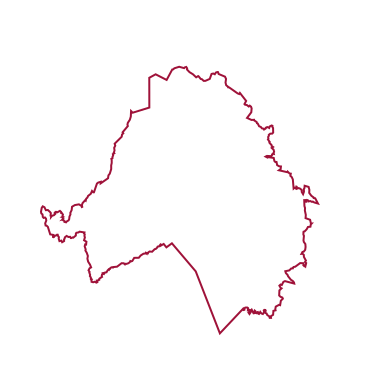 the district of Bocoyna, Chihuahua, Mexico, rotated 22°
{"feature_id": "50627088B40912895688063", "entity_name": "Bocoyna", "entity_type": "district", "adm_level": 2, "iso_a3": "MEX", "parent_name": "Mexico", "parent_adm1": "Chihuahua", "projection": "robinson", "projection_center": [-107.606, 27.815], "detail": "fine", "context": "isolated", "style": "outline", "palette": "rose", "viewbox_px": 384, "rotation_deg": 22, "n_neighbors": 0, "source": "geoboundaries", "source_scale": "gbopen_adm2", "svg_char_len": 6019}
<svg xmlns="http://www.w3.org/2000/svg" viewBox="0 0 384 384"><g transform="rotate(22 192 192)"><path d="M64.1,271.6L65.2,270.7L66.6,271.4L67.6,273.1L67.6,276.0L68.8,277.9L69.8,277.7L71.4,278.3L76.4,284.4L79.2,283.8L80.0,285.8L80.5,285.8L80.9,285.3L80.5,284.5L80.8,283.8L82.0,283.6L82.9,282.1L83.5,281.9L84.2,282.9L85.5,283.7L85.9,285.2L87.5,287.2L89.1,286.0L90.4,287.2L91.8,285.4L91.1,283.8L91.4,283.0L91.1,281.7L92.2,279.7L94.3,280.0L95.8,279.2L96.9,280.1L97.4,279.9L98.4,278.8L99.0,278.8L100.6,275.9L99.9,274.0L100.1,273.1L101.9,272.0L102.6,270.9L107.4,269.8L107.4,270.9L108.4,271.4L108.7,273.0L109.7,274.2L110.0,277.2L112.7,277.6L113.5,280.4L112.6,280.6L112.8,282.5L114.9,285.0L115.1,286.2L117.1,287.7L119.4,290.3L120.0,293.0L121.8,295.5L124.6,297.5L126.7,299.7L125.6,301.1L125.4,303.4L127.0,304.5L126.9,305.1L128.6,307.0L128.8,308.2L130.2,309.1L130.6,310.1L131.7,310.5L131.4,311.1L131.8,311.2L132.5,312.9L134.2,312.7L135.6,311.5L137.2,311.9L138.0,311.1L137.0,309.7L138.4,308.9L138.9,308.1L138.5,307.7L138.7,306.8L140.4,304.4L139.8,303.8L139.5,302.2L140.2,301.4L139.6,300.7L140.2,300.3L141.1,300.8L141.5,299.2L142.8,298.5L143.1,296.4L143.7,294.9L144.2,295.1L144.3,294.3L144.8,294.0L144.8,292.9L146.1,291.6L147.0,291.7L147.3,291.0L150.5,289.3L153.4,284.4L155.3,283.7L156.8,284.2L156.8,283.6L158.0,283.3L159.7,281.9L160.6,280.4L160.7,279.1L161.6,279.1L162.5,278.3L163.1,274.7L167.3,272.9L168.2,270.1L170.1,267.4L171.8,266.5L171.9,265.7L173.3,266.2L173.3,265.4L174.1,265.3L174.0,264.6L174.9,263.1L177.4,262.3L178.8,259.0L179.7,258.4L180.4,257.0L180.6,255.5L181.8,254.8L182.5,252.3L183.2,252.4L183.4,253.1L185.2,250.8L189.0,252.9L192.6,247.1L225.2,264.2L270.8,312.6L283.1,281.1L284.0,282.1L284.7,281.6L284.3,280.0L284.7,279.2L286.5,278.4L287.4,278.6L288.1,280.7L289.3,279.7L289.9,279.7L290.3,280.9L289.5,282.6L291.0,283.6L291.5,281.2L291.1,279.5L291.4,278.7L294.5,281.4L295.0,281.1L294.6,278.5L295.3,278.7L296.0,280.4L297.2,280.2L297.2,279.2L298.0,278.6L299.2,280.0L299.8,280.0L300.2,277.6L301.8,278.6L303.4,278.6L303.9,276.1L302.9,274.9L303.2,274.2L304.2,273.9L304.8,274.4L304.9,275.9L305.5,276.7L306.7,276.7L307.9,277.9L310.1,278.3L311.2,279.6L312.4,279.1L311.6,277.7L313.2,275.5L312.0,271.7L313.8,270.4L313.1,269.4L312.6,266.9L315.0,264.0L316.1,263.9L315.1,259.5L316.2,256.9L315.3,256.0L313.3,256.0L311.6,255.3L309.9,250.5L311.1,247.8L310.1,247.7L308.1,246.1L308.8,244.6L310.1,244.6L310.4,241.1L311.6,239.8L321.1,238.6L320.5,237.7L318.9,236.8L316.5,236.3L312.6,234.1L311.7,233.1L309.4,232.0L308.2,230.5L311.6,228.2L312.6,225.8L314.1,225.0L313.9,224.4L314.4,223.4L315.7,222.6L318.9,217.4L321.8,216.4L322.6,217.2L322.6,218.1L323.9,218.7L324.2,218.2L324.9,218.5L324.7,217.7L325.4,217.1L324.8,217.3L324.5,215.1L323.0,214.6L323.3,212.9L320.1,210.3L319.2,208.4L317.6,207.8L316.7,208.3L316.9,206.2L317.9,205.5L318.6,203.2L317.9,200.4L316.6,197.8L314.4,196.4L313.5,195.1L312.2,190.7L311.2,189.7L310.4,187.6L310.3,187.0L311.2,186.3L312.3,183.6L312.6,181.0L314.8,179.8L314.3,177.6L314.8,176.3L314.0,176.6L311.9,173.5L307.1,173.7L306.1,170.6L303.6,166.9L302.8,164.5L301.5,162.9L299.1,157.5L300.0,157.1L300.7,158.5L301.4,158.3L301.2,156.9L301.5,156.3L302.7,156.3L303.4,157.2L305.0,156.1L307.0,156.2L307.6,155.6L309.2,155.9L313.1,155.5L308.6,151.7L307.1,152.0L306.8,151.5L304.1,150.8L301.0,148.9L300.0,146.0L298.2,143.6L294.1,144.0L294.8,146.3L294.6,147.4L295.7,149.8L295.8,152.4L293.7,150.8L293.1,149.2L291.2,148.4L289.4,148.4L288.3,149.4L287.1,147.9L286.7,147.9L287.0,149.9L285.4,149.6L284.9,150.7L280.8,142.6L278.9,140.8L277.1,140.1L276.7,138.0L275.5,138.3L273.1,137.3L273.1,137.9L264.5,139.3L265.6,137.5L264.9,135.0L263.2,135.5L260.9,135.2L259.1,132.5L258.1,133.0L256.8,132.4L255.0,129.8L249.7,131.1L249.2,131.8L247.0,131.6L247.9,130.5L252.0,129.1L252.5,127.5L252.2,127.1L252.8,126.1L253.6,126.0L252.9,125.0L253.1,124.0L251.8,122.2L249.4,121.3L250.3,119.9L248.6,119.5L248.0,118.5L245.7,117.6L245.0,116.8L245.2,116.4L242.7,114.8L242.9,114.0L242.0,112.5L242.2,111.0L241.8,110.2L242.7,108.6L244.5,107.8L245.0,106.5L243.2,102.3L242.2,101.6L241.8,100.5L240.9,100.5L239.5,102.1L239.6,103.7L237.8,103.5L237.1,103.9L236.9,104.5L236.3,104.8L236.4,105.7L235.4,107.1L234.6,106.5L233.0,106.8L231.4,105.9L229.6,105.9L227.3,103.9L226.5,103.9L225.7,102.9L222.8,102.3L222.5,101.8L220.2,102.9L215.3,102.7L217.1,95.9L216.0,92.2L214.8,90.8L213.2,90.3L212.6,91.5L210.2,90.8L208.5,91.2L207.7,90.8L208.1,87.3L199.3,82.2L199.1,83.5L197.4,83.5L187.2,81.1L186.3,81.4L186.0,80.9L183.7,80.2L182.1,78.0L181.2,74.4L179.4,72.7L172.5,72.6L171.2,71.1L170.5,71.3L169.4,72.3L169.0,74.3L167.3,74.2L165.9,75.2L166.1,80.5L162.8,83.9L161.2,84.6L158.9,83.7L157.7,83.9L154.8,82.3L154.3,82.2L152.9,84.1L148.8,82.5L144.8,81.8L141.5,80.3L141.2,79.2L139.8,78.2L138.6,79.2L138.3,80.1L133.2,80.7L129.3,83.9L128.6,85.4L127.8,85.8L126.5,97.6L114.2,96.5L109.6,102.1L120.8,129.7L107.3,140.7L105.2,139.8L107.0,145.0L107.3,148.3L106.6,151.9L106.9,153.7L107.8,154.9L105.3,162.6L106.3,163.3L105.6,164.9L106.1,167.1L102.2,176.2L103.5,177.8L103.3,180.2L104.6,182.5L104.8,184.7L105.3,185.1L104.7,185.5L104.9,186.3L104.5,186.6L105.2,187.7L105.1,189.0L105.6,190.5L104.8,191.5L105.6,192.5L106.7,195.2L107.1,197.6L108.5,201.0L108.9,205.8L108.3,207.9L109.0,210.7L104.1,218.2L103.6,216.7L101.5,218.4L100.7,219.8L101.2,229.0L100.6,229.3L98.9,228.5L98.8,231.6L97.1,234.6L97.1,236.4L96.4,237.8L96.7,239.9L96.0,239.7L94.7,243.3L94.8,245.3L95.8,246.9L95.5,247.2L94.7,246.3L91.8,245.8L88.3,248.0L86.3,250.6L87.2,253.9L87.0,256.9L87.7,258.3L87.6,260.7L88.3,263.2L88.2,264.5L86.8,266.4L86.6,267.3L85.0,267.5L84.8,266.8L83.2,266.5L82.9,265.5L82.2,266.0L82.5,265.3L81.5,264.2L81.8,263.7L81.1,263.8L81.6,263.2L80.9,262.6L80.8,261.3L79.3,260.3L78.6,260.5L78.1,259.5L76.6,259.0L74.7,261.3L73.3,261.3L72.8,261.9L72.5,262.9L73.2,263.1L73.3,262.6L73.5,263.4L72.7,265.2L71.1,266.5L70.7,267.9L70.4,266.9L69.7,266.9L69.0,264.4L67.8,263.7L65.1,262.7L63.3,263.6L60.9,261.4L59.0,261.2L58.6,262.9L59.4,266.9L60.3,268.3L61.8,268.8L63.0,271.0L64.1,271.6Z" fill="none" stroke="#9f1239" stroke-width="2"/></g></svg>